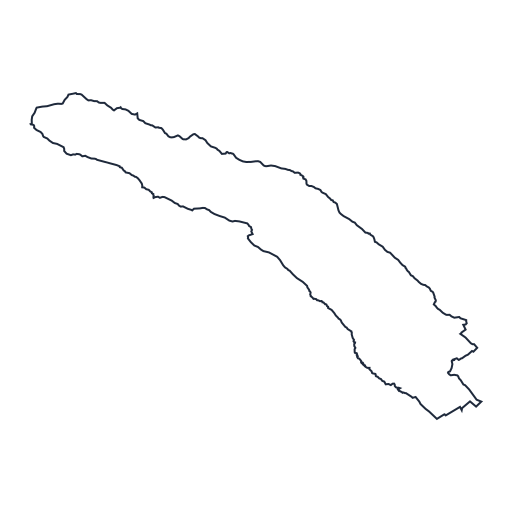 the district of Fitionesti, Vrancea, Romania
{"feature_id": "2599482B51632245655784", "entity_name": "Fitionesti", "entity_type": "district", "adm_level": 2, "iso_a3": "ROU", "parent_name": "Romania", "parent_adm1": "Vrancea", "projection": "natural_earth1", "projection_center": [26.998, 46.013], "detail": "fine", "context": "isolated", "style": "outline", "palette": "slate", "viewbox_px": 512, "rotation_deg": 0, "n_neighbors": 0, "source": "geoboundaries", "source_scale": "gbopen_adm2", "svg_char_len": 6049}
<svg xmlns="http://www.w3.org/2000/svg" viewBox="0 0 512 512"><path d="M429.2,411.6L436.9,418.9L444.2,414.4L444.6,414.3L445.6,415.4L445.9,415.3L460.0,406.9L461.7,410.2L462.1,408.1L470.0,401.4L476.1,406.6L481.3,401.6L476.6,399.7L469.1,389.4L465.1,385.2L463.4,384.5L460.8,380.3L459.0,378.4L458.2,376.3L457.4,375.4L454.2,374.8L450.7,375.3L449.2,374.3L448.0,372.8L448.4,371.9L450.0,371.4L451.6,368.1L452.4,364.1L451.7,361.1L451.9,360.6L453.8,360.1L453.4,359.5L456.8,358.3L458.7,359.9L459.1,359.8L461.2,358.4L462.0,358.3L465.6,355.7L467.9,354.7L472.0,351.0L473.4,351.7L477.2,347.8L474.1,344.2L472.5,344.2L470.9,343.3L465.5,337.5L460.4,333.9L461.3,333.3L461.4,332.6L465.6,329.6L463.3,324.8L465.6,324.5L466.7,323.3L466.2,321.4L466.2,320.1L460.5,318.3L459.2,317.0L454.3,317.7L451.5,316.4L449.6,314.8L446.8,314.9L445.8,314.6L442.7,312.7L439.7,309.8L438.0,308.9L436.5,307.3L436.0,306.4L433.8,304.4L434.9,302.1L435.6,301.6L435.8,300.3L434.5,297.6L434.6,296.6L433.2,292.6L432.6,291.8L430.8,290.8L429.8,288.6L428.8,287.5L426.6,286.3L425.3,285.1L423.3,284.8L421.1,283.9L418.7,281.9L417.6,280.6L414.5,278.2L412.9,276.2L410.9,275.3L408.9,272.0L407.8,271.2L406.6,269.6L406.2,268.5L405.5,267.9L405.2,266.7L402.5,265.1L400.2,262.6L398.2,259.9L394.8,257.7L390.1,252.7L387.4,251.9L384.9,249.8L382.7,246.7L378.7,244.3L376.6,242.4L374.9,241.8L374.4,239.4L373.6,237.2L372.9,236.2L370.4,234.7L369.8,233.5L368.5,233.7L367.8,232.9L365.4,232.6L362.0,229.0L356.8,225.2L354.8,222.6L352.4,221.7L349.2,219.1L343.6,216.1L340.9,214.0L339.5,212.6L338.5,210.4L336.9,204.0L335.3,202.6L333.6,202.0L332.7,200.3L331.3,200.1L329.9,198.4L328.2,197.1L325.8,194.1L322.4,192.6L321.5,191.9L320.4,190.0L318.1,188.9L315.5,188.3L313.9,187.0L311.4,186.0L309.2,186.0L307.0,184.7L306.5,183.8L306.4,180.9L305.6,179.4L303.4,178.6L303.1,177.5L303.5,177.1L303.4,176.6L302.5,175.8L300.4,174.8L300.5,174.3L299.9,173.4L298.1,172.6L294.7,172.8L292.8,171.3L291.6,171.1L289.7,170.0L288.1,169.9L285.3,168.9L281.3,168.4L275.2,166.1L271.0,165.5L266.6,166.2L265.1,166.1L263.7,165.5L260.2,161.9L258.1,161.2L255.5,161.3L251.1,161.9L246.3,162.0L242.9,161.4L239.3,159.8L236.1,157.8L233.5,154.2L232.7,153.6L231.7,153.5L230.7,153.0L229.2,153.3L227.2,152.0L226.6,152.1L225.6,153.6L221.9,153.9L219.4,150.9L217.4,149.6L216.8,148.7L215.2,147.8L210.9,146.4L207.3,143.0L205.5,140.2L202.5,138.2L200.9,138.2L199.3,137.7L197.9,136.3L194.8,134.0L193.3,134.3L190.0,136.6L188.6,138.1L186.1,139.4L183.4,139.3L182.6,139.0L179.5,136.2L177.9,135.4L173.9,137.1L171.6,137.4L170.1,137.2L168.4,136.3L166.4,133.7L165.0,133.1L162.8,129.6L161.4,128.1L158.8,127.7L158.3,127.3L155.4,127.5L152.3,125.4L150.6,125.2L149.6,124.6L145.3,123.2L143.3,121.1L139.3,119.9L137.7,118.3L137.2,113.4L135.0,114.6L131.7,113.9L128.4,110.8L125.5,109.4L122.3,109.0L121.1,108.2L120.6,107.3L120.1,107.7L116.9,108.2L114.0,110.4L112.7,109.6L111.1,107.8L107.3,105.4L104.6,102.9L100.6,102.9L98.8,102.5L97.1,101.2L94.1,101.1L91.0,100.2L88.4,100.4L86.6,99.2L81.6,94.6L80.2,94.1L76.8,94.0L75.9,93.1L68.5,94.6L67.4,97.0L64.7,99.8L62.7,103.5L61.5,103.9L57.9,103.7L54.2,104.2L47.1,106.2L42.3,106.6L36.8,107.6L36.4,108.1L34.6,112.8L32.2,116.3L31.7,119.8L31.8,123.0L31.3,123.9L30.7,124.1L30.9,124.4L32.6,124.6L33.8,125.2L34.2,126.1L34.1,127.8L36.5,130.0L40.6,132.0L42.4,133.9L43.1,136.0L43.7,136.9L47.3,138.5L49.4,140.6L52.9,143.0L57.1,143.9L63.6,147.2L64.2,148.9L64.2,151.0L66.6,153.7L70.9,155.2L73.1,154.4L75.3,154.6L76.6,153.9L79.1,154.2L80.2,154.6L82.3,156.3L85.3,155.8L87.6,157.1L91.3,158.5L94.8,158.7L96.1,159.1L97.0,159.8L116.7,165.1L119.7,166.3L119.8,167.1L120.1,167.3L121.8,167.7L123.7,170.5L125.0,171.3L125.6,172.4L129.5,173.2L131.8,175.1L133.4,175.6L134.8,176.7L136.0,176.9L137.7,178.1L139.5,180.2L141.8,183.6L142.3,185.6L142.2,187.3L144.4,187.6L146.2,189.2L148.7,189.8L150.2,191.4L151.8,192.3L151.9,193.3L153.3,194.0L153.2,194.7L153.7,195.5L153.4,197.1L153.6,197.9L155.3,197.1L158.0,196.7L159.9,197.8L162.5,196.9L164.5,197.1L171.7,200.6L174.8,203.0L177.7,204.0L179.0,205.6L180.7,206.6L183.0,206.4L187.8,208.8L191.4,209.9L192.2,210.4L194.0,208.7L199.9,208.4L202.7,207.9L204.9,208.0L207.1,209.4L209.1,210.1L210.8,211.9L214.4,214.0L219.6,216.0L224.8,217.6L229.3,220.6L232.5,221.5L235.0,220.9L239.3,221.4L247.3,223.4L248.5,224.8L249.1,226.0L251.0,227.1L251.4,228.9L252.0,229.9L251.3,231.4L252.6,234.1L248.8,235.4L247.8,236.2L248.1,237.7L247.9,238.4L250.8,242.1L254.3,245.5L258.0,247.0L261.0,249.6L263.4,251.1L268.9,252.4L277.2,256.8L280.1,260.2L283.2,265.3L285.0,267.4L287.4,268.9L288.3,270.1L289.7,270.7L292.8,274.2L296.9,278.1L302.8,281.9L307.1,285.9L307.4,287.4L309.0,289.6L309.4,291.1L310.1,291.5L310.6,292.5L310.2,294.6L310.8,295.7L310.7,296.2L312.3,297.4L313.5,298.9L314.1,298.7L316.3,299.2L317.0,300.2L318.5,300.4L320.0,301.2L321.5,301.0L322.3,301.6L322.4,302.3L323.6,302.5L325.1,304.2L325.5,304.1L326.4,304.5L327.1,306.2L328.1,306.7L328.1,308.0L331.6,309.9L334.3,313.1L335.8,315.5L338.0,317.7L338.6,318.7L339.6,319.1L340.8,320.3L341.7,322.5L345.4,327.0L346.6,327.5L347.6,329.0L351.4,331.4L351.3,331.8L351.8,332.6L351.7,334.4L352.7,338.0L354.0,339.9L353.5,341.2L354.0,342.0L355.1,342.4L355.0,343.0L354.2,344.0L354.3,346.1L355.4,347.9L354.6,349.2L354.7,352.2L354.9,352.8L356.7,353.2L357.0,354.0L356.7,354.8L357.3,355.1L357.7,356.1L357.1,356.3L357.1,356.8L358.0,358.3L359.2,358.6L360.8,360.5L361.2,361.1L361.0,362.0L361.6,363.1L362.0,363.1L362.3,362.5L362.8,362.7L363.2,363.4L362.7,363.8L362.8,364.3L363.6,365.0L364.6,365.1L364.7,366.0L365.2,366.0L365.3,366.6L366.0,367.1L367.4,367.9L369.5,367.9L369.4,369.2L371.6,371.3L372.1,373.0L372.8,373.4L375.3,373.9L375.6,374.2L375.8,376.0L376.1,376.3L377.7,376.8L379.2,378.4L380.9,379.0L382.3,380.9L384.3,381.6L385.7,384.3L388.5,384.0L390.8,385.1L392.6,383.7L394.1,383.6L394.7,384.6L394.8,386.0L395.9,387.3L397.5,387.8L398.6,387.7L400.0,388.2L399.5,388.5L398.6,388.1L397.7,388.7L397.7,389.2L399.0,390.9L399.5,390.7L400.4,391.5L401.7,391.9L402.5,392.8L403.6,392.5L404.9,393.1L405.9,393.1L411.6,396.8L412.6,397.8L415.6,397.0L419.3,401.6L420.5,404.0L425.6,408.9L429.2,411.6Z" fill="none" stroke="#1e293b" stroke-width="2"/></svg>